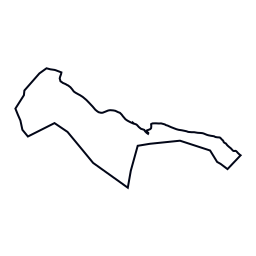 Banannes Bay, Castries, Saint Lucia (orthographic projection)
{"feature_id": "8701671B10070089345452", "entity_name": "Banannes Bay", "entity_type": "district", "adm_level": 2, "iso_a3": "LCA", "parent_name": "Saint Lucia", "parent_adm1": "Castries", "projection": "orthographic", "projection_center": [-61.0, 14.011], "detail": "fine", "context": "isolated", "style": "outline", "palette": "ink", "viewbox_px": 256, "rotation_deg": 0, "n_neighbors": 0, "source": "geoboundaries", "source_scale": "gbopen_adm2", "svg_char_len": 1895}
<svg xmlns="http://www.w3.org/2000/svg" viewBox="0 0 256 256"><path d="M227.5,169.1L240.6,155.3L239.5,154.5L239.2,154.2L238.0,153.1L236.7,151.6L236.1,151.1L235.2,150.8L234.4,151.0L233.8,151.0L233.2,150.8L232.7,150.4L232.0,149.6L230.8,148.3L229.3,147.1L227.7,145.7L227.2,145.2L225.9,143.5L224.9,143.0L224.3,142.7L223.6,141.9L223.4,141.2L222.8,140.3L221.8,139.5L221.0,138.5L220.4,138.0L219.8,137.5L218.8,137.4L217.3,137.3L215.4,137.0L214.1,136.3L213.0,136.1L211.0,135.8L208.5,135.3L206.8,134.8L203.9,133.6L202.6,133.2L201.0,133.0L197.7,132.8L194.1,132.2L191.6,132.2L188.2,131.9L186.6,131.3L185.3,131.0L181.9,130.3L178.6,129.8L176.4,129.2L174.3,128.4L171.2,127.2L168.7,126.1L167.7,125.6L165.9,125.1L164.8,124.4L163.0,123.9L161.1,123.4L158.9,123.5L155.7,123.3L152.6,123.4L151.2,124.0L151.1,124.5L151.2,125.2L151.3,126.0L151.1,128.1L150.5,128.9L150.1,129.2L148.9,129.7L146.9,130.4L146.6,130.7L147.4,132.2L148.2,132.7L148.3,133.1L148.0,133.8L146.7,132.9L145.2,131.4L144.7,130.7L144.3,129.9L142.3,129.2L141.0,128.8L138.9,127.1L137.2,125.2L136.4,124.5L134.2,123.7L133.7,123.4L132.9,122.7L132.8,123.3L130.2,122.1L127.4,120.6L125.4,119.2L123.9,117.4L123.0,116.4L121.7,114.6L119.9,112.8L118.2,112.2L115.3,110.8L113.2,110.4L110.6,110.2L109.9,110.2L108.2,110.5L107.2,110.9L105.0,111.8L102.7,112.7L101.1,112.8L98.6,112.2L97.0,111.1L95.3,109.7L92.6,106.5L90.9,104.7L89.3,103.0L86.4,100.0L82.7,96.9L79.9,95.1L78.7,94.5L75.5,92.7L73.8,91.5L72.1,89.2L70.4,87.2L68.0,85.4L66.7,84.8L65.8,84.2L64.7,83.7L62.8,82.9L61.9,82.2L60.5,81.3L59.7,78.4L60.1,76.8L60.9,74.6L61.1,74.0L61.4,72.4L55.6,70.2L54.5,69.9L50.3,69.3L46.5,68.3L39.4,73.4L24.4,90.5L23.9,95.2L15.4,108.6L17.9,114.8L20.4,120.5L22.4,129.8L27.9,136.5L54.5,123.1L67.5,131.9L82.5,150.0L93.1,162.9L127.8,187.7L130.8,170.7L137.7,145.8L149.8,143.8L180.0,140.7L210.1,150.5L217.1,161.9L220.6,163.9L227.5,169.1Z" fill="none" stroke="#020617" stroke-width="2"/></svg>